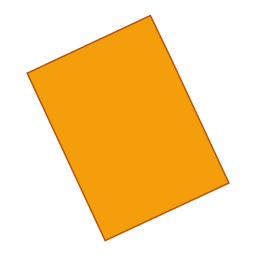 outline of Watonwan, Minnesota, United States of America, rotated 65°
{"feature_id": "52423323B41249813218909", "entity_name": "Watonwan", "entity_type": "district", "adm_level": 2, "iso_a3": "USA", "parent_name": "United States of America", "parent_adm1": "Minnesota", "projection": "mercator", "projection_center": [-94.66, 43.978], "detail": "fine", "context": "isolated", "style": "filled", "palette": "amber", "viewbox_px": 256, "rotation_deg": 65, "n_neighbors": 0, "source": "geoboundaries", "source_scale": "gbopen_adm2", "svg_char_len": 257}
<svg xmlns="http://www.w3.org/2000/svg" viewBox="0 0 256 256"><g transform="rotate(65 128 128)"><path d="M35.5,60.2L35.7,196.2L37.6,196.2L220.4,196.3L220.4,150.9L220.5,59.8L81.3,59.7L35.5,60.2Z" fill="#f59e0b" stroke="#b45309" stroke-width="1.5"/></g></svg>